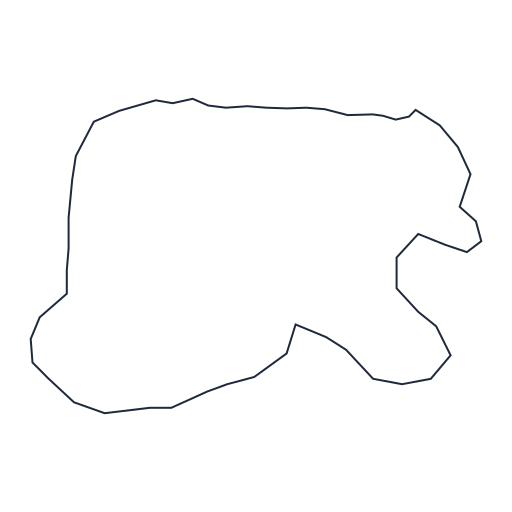 Strongylos, Cyprus
{"feature_id": "46923920B68545316730877", "entity_name": "Strongylos", "entity_type": "district", "adm_level": 2, "iso_a3": "CYP", "parent_name": "Cyprus", "parent_adm1": "", "projection": "mercator", "projection_center": [33.65, 35.172], "detail": "fine", "context": "isolated", "style": "outline", "palette": "slate", "viewbox_px": 512, "rotation_deg": 0, "n_neighbors": 0, "source": "geoboundaries", "source_scale": "gbopen_adm2", "svg_char_len": 798}
<svg xmlns="http://www.w3.org/2000/svg" viewBox="0 0 512 512"><path d="M155.8,100.3L119.0,110.9L93.8,121.7L75.8,156.1L72.2,179.7L68.6,217.7L68.6,248.5L66.8,270.2L66.8,293.7L39.7,317.3L30.7,339.0L32.5,362.5L48.7,378.8L74.0,402.3L104.6,413.2L149.7,407.8L171.3,407.8L207.3,391.5L227.2,384.2L254.2,377.0L286.6,353.5L295.6,324.5L326.3,337.2L346.1,349.8L373.1,378.8L402.0,384.2L430.8,378.8L450.6,355.3L436.2,326.3L418.2,311.8L396.6,288.3L396.6,257.5L418.2,234.0L445.2,244.8L466.9,252.1L481.3,241.2L475.9,221.3L459.7,206.8L470.5,174.2L457.9,147.1L439.8,125.4L415.6,109.9L409.0,116.6L395.7,119.6L383.1,115.8L372.8,114.4L347.7,115.1L324.8,109.2L306.3,107.7L287.2,108.4L266.5,107.7L247.3,106.2L225.9,107.7L208.2,105.5L192.7,98.8L172.7,103.2L155.8,100.3Z" fill="none" stroke="#1e293b" stroke-width="2"/></svg>